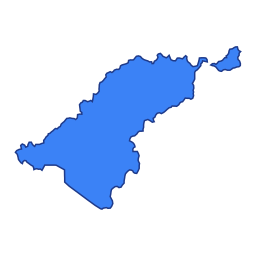 outline of Campo Alegre, Santa Catarina, Brazil
{"feature_id": "56859067B1818648159801", "entity_name": "Campo Alegre", "entity_type": "district", "adm_level": 2, "iso_a3": "BRA", "parent_name": "Brazil", "parent_adm1": "Santa Catarina", "projection": "natural_earth1", "projection_center": [-49.182, -26.127], "detail": "fine", "context": "isolated", "style": "filled", "palette": "blue", "viewbox_px": 256, "rotation_deg": 0, "n_neighbors": 0, "source": "geoboundaries", "source_scale": "gbopen_adm2", "svg_char_len": 4057}
<svg xmlns="http://www.w3.org/2000/svg" viewBox="0 0 256 256"><path d="M48.3,133.8L47.9,135.4L46.0,137.0L45.0,138.8L43.7,140.3L43.8,142.9L41.4,143.6L39.6,144.4L37.6,144.4L35.8,144.4L34.7,146.4L33.4,145.5L32.2,144.0L31.3,142.2L29.2,142.2L28.0,144.6L27.7,146.3L25.8,147.2L24.6,145.1L22.3,144.0L20.7,145.4L21.0,147.0L21.5,149.0L19.2,149.4L16.7,150.6L15.4,152.3L17.3,154.3L18.1,157.3L18.5,159.5L19.6,161.0L20.9,162.7L22.4,163.6L23.0,161.6L24.4,160.5L26.0,160.7L27.0,162.2L28.5,163.2L29.9,164.3L31.3,165.3L32.9,166.1L33.7,168.0L33.9,169.6L35.2,169.0L36.9,168.7L38.3,169.2L40.5,169.1L42.0,170.3L44.8,165.1L47.7,165.1L52.7,165.1L54.5,165.1L56.2,165.2L64.5,169.8L64.6,175.5L64.7,177.9L64.7,179.7L64.7,182.1L69.1,186.1L87.8,200.0L95.2,205.4L100.5,208.7L102.0,209.1L103.2,208.2L104.7,207.9L106.4,207.6L107.9,208.3L110.3,208.1L111.6,206.4L112.8,203.6L112.4,200.8L111.3,198.8L110.2,196.6L110.7,194.2L111.0,191.7L111.5,189.5L113.3,187.9L115.1,186.6L117.2,186.4L119.0,187.6L121.1,187.1L122.3,185.1L124.1,183.1L124.1,181.0L124.6,178.1L124.9,175.9L125.5,173.8L126.8,172.2L127.9,171.1L129.5,169.9L131.5,170.2L132.8,170.9L133.5,172.4L134.9,173.2L136.7,173.4L138.2,170.7L139.2,168.4L139.2,165.5L139.5,163.4L138.6,161.7L138.1,160.2L138.4,158.0L139.1,155.8L138.4,153.6L137.3,151.5L134.9,151.5L133.0,151.5L132.8,149.2L133.7,147.6L135.0,146.9L134.6,145.2L133.8,143.7L132.8,142.6L131.5,141.8L129.5,140.8L129.9,138.9L130.9,137.0L132.5,136.2L134.7,135.8L136.9,133.9L137.9,132.3L139.4,131.2L141.4,131.2L143.1,131.0L143.0,129.3L143.6,127.3L143.6,124.8L143.9,122.8L144.5,120.6L146.0,120.1L147.9,119.5L150.3,120.8L152.3,122.2L154.2,121.7L153.5,120.3L153.2,118.3L154.8,117.3L155.7,115.1L157.2,113.3L159.4,112.7L161.4,113.6L163.7,112.4L165.3,111.1L167.1,109.4L169.2,107.7L171.1,107.3L172.1,106.0L173.5,106.1L175.0,106.1L176.7,106.3L178.7,104.8L180.0,102.8L181.2,102.0L182.6,101.7L183.9,100.0L185.2,98.1L187.1,98.3L189.3,98.3L190.9,99.2L192.7,98.3L193.6,95.7L193.2,93.5L193.6,92.0L193.1,90.4L193.8,88.2L193.6,85.4L192.4,83.4L193.4,81.8L194.7,79.1L194.7,77.0L194.7,74.8L194.7,72.4L195.5,70.9L196.8,70.2L198.3,68.7L199.8,66.9L200.8,65.7L200.9,63.8L202.2,62.6L202.6,60.9L204.7,61.3L207.3,61.9L207.0,59.5L205.8,58.0L203.8,57.8L201.5,57.8L199.4,58.0L199.1,59.8L198.6,61.9L198.0,63.8L197.4,65.7L195.2,66.3L192.9,66.6L191.1,65.1L189.8,63.2L188.4,62.3L187.3,60.9L186.7,58.6L186.9,56.8L185.7,55.7L184.0,57.2L182.6,58.8L181.1,58.5L179.3,58.0L177.3,58.1L175.5,60.8L173.1,60.7L170.9,59.7L170.0,57.5L169.1,55.3L167.6,56.9L166.2,57.8L164.7,57.1L162.9,56.3L161.9,54.9L160.4,53.4L158.3,54.0L157.2,55.3L158.0,57.2L157.1,59.2L156.0,60.3L154.4,61.2L153.5,63.5L152.1,63.6L151.6,61.8L149.5,61.9L147.8,60.9L145.8,60.3L143.9,59.6L142.1,58.4L140.4,56.5L138.4,55.9L136.4,56.3L134.8,58.2L133.6,59.8L132.0,60.0L130.5,59.9L128.6,60.4L128.2,62.7L127.0,63.4L125.5,64.0L123.9,64.4L121.9,65.0L120.5,65.9L119.9,68.1L118.8,69.4L116.5,69.3L114.4,70.1L113.4,71.4L111.9,72.5L110.2,71.7L108.6,72.5L106.8,73.3L105.8,74.8L106.2,77.0L104.5,78.9L103.4,80.4L101.7,82.0L100.1,82.5L99.3,84.7L99.2,87.1L99.0,89.0L99.2,91.1L97.9,92.9L96.1,94.4L93.5,93.9L93.3,96.6L92.8,99.7L92.3,101.6L90.9,100.4L89.3,101.2L87.6,101.7L85.1,100.5L83.3,100.5L82.4,102.1L80.7,103.0L79.5,104.7L80.0,108.4L80.3,111.2L81.8,112.5L81.8,114.2L79.9,114.1L77.6,114.6L77.3,117.9L75.7,119.5L74.2,118.6L72.0,118.4L69.9,117.9L68.2,118.3L66.8,118.4L65.5,119.9L64.3,121.5L62.9,122.6L61.2,124.1L60.3,126.5L58.6,127.3L57.3,128.8L55.4,128.5L54.0,129.7L52.8,130.9L51.5,131.8L49.8,133.4L48.3,133.8ZM234.3,47.5L232.4,48.8L229.8,49.2L229.1,50.8L228.6,53.4L227.3,55.2L226.1,56.0L226.6,57.6L224.8,57.7L223.7,58.9L222.5,60.3L220.6,61.2L218.6,61.5L217.1,63.4L215.9,64.3L214.6,63.5L212.4,63.7L210.8,65.0L212.2,65.6L214.2,66.0L216.0,67.1L217.5,69.0L218.6,70.4L220.1,71.1L221.6,71.3L223.4,69.8L225.3,69.5L227.4,70.2L230.0,70.2L231.8,69.0L233.2,68.0L234.6,67.9L236.7,67.0L239.0,66.7L240.3,65.6L240.4,63.6L239.6,61.1L238.0,59.4L237.8,57.2L239.1,55.3L239.1,53.2L240.6,51.5L239.1,50.8L238.0,49.5L237.4,46.9L235.7,46.9L234.3,47.5Z" fill="#3b82f6" stroke="#1e3a8a" stroke-width="1.5"/></svg>